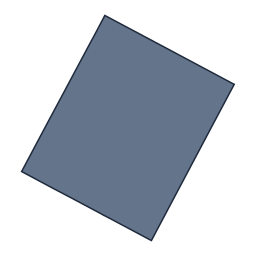 Rock, Minnesota, United States of America, rotated 28°
{"feature_id": "52423323B22497914926467", "entity_name": "Rock", "entity_type": "district", "adm_level": 2, "iso_a3": "USA", "parent_name": "United States of America", "parent_adm1": "Minnesota", "projection": "orthographic", "projection_center": [-96.325, 43.675], "detail": "fine", "context": "isolated", "style": "filled", "palette": "slate", "viewbox_px": 256, "rotation_deg": 28, "n_neighbors": 0, "source": "geoboundaries", "source_scale": "gbopen_adm2", "svg_char_len": 390}
<svg xmlns="http://www.w3.org/2000/svg" viewBox="0 0 256 256"><g transform="rotate(28 128 128)"><path d="M54.7,39.5L54.8,62.0L54.7,68.9L54.6,120.5L54.6,127.9L54.5,160.9L54.5,162.1L54.5,171.9L54.5,172.5L54.5,216.4L92.0,216.5L99.0,216.4L144.3,216.4L148.0,216.5L148.1,216.4L201.5,216.4L201.3,84.2L201.3,39.6L196.8,39.6L54.7,39.5Z" fill="#64748b" stroke="#1e293b" stroke-width="1.5"/></g></svg>